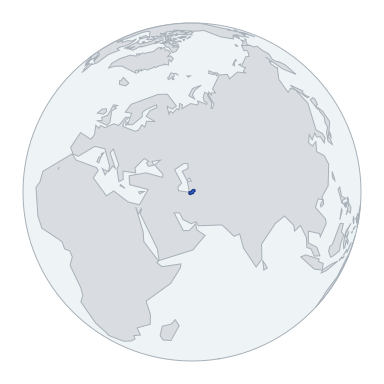 Golestan highlighted on a globe, orthographic projection
{"feature_id": "IRN-3213", "entity_name": "Golestan", "entity_type": "Province", "adm_level": 1, "iso_a3": "IRN", "parent_name": "Iran", "parent_adm1": "", "projection": "orthographic", "projection_center": [55.004, 37.298], "detail": "fine", "context": "on_globe", "style": "filled", "palette": "blue", "viewbox_px": 384, "rotation_deg": 0, "n_neighbors": 0, "source": "natural_earth", "source_scale": "10m", "svg_char_len": 11193}
<svg xmlns="http://www.w3.org/2000/svg" viewBox="0 0 384 384"><circle cx="192" cy="192" r="169" fill="#eef3f6" stroke="#a8b0b8"/><path d="M198.9,23.2L206.1,24.5L223.0,28.4L231.0,29.7L227.1,29.8L244.1,32.8L254.9,36.9L241.0,32.4L238.3,32.1L244.8,34.7L243.5,35.0L245.9,36.6L243.6,36.9L235.7,34.7L234.1,35.0L238.8,36.9L239.6,38.7L232.9,35.9L233.5,38.9L220.3,36.8L204.1,30.5L195.1,31.2L174.0,30.1L174.2,31.1L166.3,32.0L163.7,33.7L160.5,33.4L161.1,35.0L164.5,35.0L165.9,35.8L164.7,36.9L160.4,36.6L160.4,36.0L158.5,36.5L156.9,36.0L157.0,36.9L152.0,36.7L155.1,38.6L149.5,39.9L146.7,39.3L149.5,37.1L150.0,31.8L148.0,31.3L142.4,32.4L126.5,38.7L123.3,39.4L117.0,42.0L117.6,42.4L122.7,40.6L122.3,42.4L128.5,40.5L129.3,41.1L134.7,40.5L131.1,43.1L124.7,46.2L120.0,47.1L117.1,48.7L119.3,50.2L108.4,54.5L97.5,62.6L95.0,63.7L94.1,61.0L99.7,54.6L98.6,52.7L96.5,56.7L90.3,60.1L88.1,62.0L86.8,63.7L88.0,63.6L85.3,65.6L86.3,61.9L88.8,60.0L88.5,61.1L91.1,58.3L91.7,56.6L88.5,58.8L92.1,55.8L102.5,48.7L113.5,42.4L124.9,36.9L136.7,32.3L148.8,28.7L161.1,25.9L173.6,24.0L186.2,23.1L198.9,23.2ZM204.3,23.5L204.8,23.5L206.3,23.7L203.6,23.5L203.2,23.4L204.3,23.5ZM237.0,30.8L233.3,29.7L237.4,30.8L237.0,30.8ZM246.6,36.8L248.1,37.1L248.7,37.8L246.6,36.8ZM136.3,39.1L135.5,39.8L134.9,39.5L136.3,39.1ZM139.4,38.3L139.3,37.6L140.7,37.1L140.8,37.6L139.4,38.3ZM245.8,39.1L246.4,40.4L244.4,38.7L245.8,39.1ZM139.2,39.4L143.3,36.4L145.9,35.6L148.2,36.8L139.2,39.4ZM245.8,40.9L247.1,44.6L250.5,45.4L241.7,45.5L243.4,42.1L240.6,39.7L243.8,41.0L245.8,40.9ZM166.1,34.5L162.5,34.6L166.7,33.6L166.1,34.5ZM168.5,33.7L179.5,30.2L184.3,31.0L179.6,31.8L186.8,32.3L183.7,34.3L179.1,34.5L176.6,33.6L177.4,35.1L168.5,33.7ZM236.6,45.2L235.7,45.9L235.1,44.7L236.6,45.2ZM166.8,36.0L168.6,35.1L172.9,35.7L170.1,37.6L169.6,36.8L166.8,36.0ZM190.2,31.5L192.9,32.4L191.1,34.2L191.9,34.9L184.1,34.4L190.2,31.5ZM168.0,37.2L168.6,38.6L165.4,39.4L165.4,37.0L168.0,37.2ZM175.2,35.0L177.1,35.4L175.1,35.8L175.2,35.0ZM154.5,43.7L156.5,42.3L158.9,42.4L154.5,43.7ZM169.0,39.1L170.1,38.8L171.3,38.7L171.0,39.8L169.0,39.1ZM183.4,35.9L182.1,36.5L186.5,36.1L185.4,37.7L180.4,37.2L182.1,38.1L181.7,38.6L178.0,37.7L183.4,35.9ZM174.2,40.9L167.4,41.2L163.1,43.5L160.8,43.4L168.2,39.7L174.2,40.9ZM176.8,39.0L174.7,40.1L172.9,39.3L173.3,38.1L176.8,39.0ZM186.5,39.1L189.5,36.7L190.5,37.0L186.5,39.1ZM173.3,41.7L175.0,41.7L173.2,42.0L173.3,41.7ZM182.8,40.0L183.7,39.1L184.9,39.3L182.8,40.0ZM177.5,42.4L175.3,42.4L175.5,41.5L177.5,42.4ZM180.2,41.4L181.5,42.0L176.9,41.2L180.5,40.9L180.2,41.4ZM183.7,40.4L184.7,40.2L183.2,40.7L183.7,40.4ZM178.2,46.0L172.2,45.2L172.6,43.1L178.3,44.2L178.2,46.0ZM37.9,216.1L36.0,187.4L40.0,181.7L42.9,171.3L72.2,153.8L75.9,160.0L96.2,167.5L98.3,170.3L93.3,177.8L106.4,195.9L113.7,190.9L128.2,202.0L139.5,204.7L148.2,189.5L129.7,184.7L129.1,175.8L146.0,172.8L162.6,177.4L162.9,174.2L154.6,165.0L160.6,160.1L152.0,161.4L153.8,165.2L148.5,166.3L146.4,162.9L148.7,161.2L144.3,158.5L134.9,168.0L135.8,173.0L123.0,171.1L123.2,179.4L118.9,181.7L116.9,168.7L118.8,164.8L113.3,149.0L110.1,152.8L115.2,168.2L112.6,166.1L108.4,172.1L109.6,165.9L104.9,148.8L94.9,146.3L78.2,156.3L73.1,154.1L70.6,147.4L80.6,132.6L90.8,139.3L94.5,134.8L95.8,125.3L98.8,128.3L100.6,125.4L104.7,127.7L113.9,123.8L118.7,125.5L125.5,117.4L128.9,117.4L123.9,122.1L122.9,126.5L135.1,131.3L138.4,130.2L141.9,124.8L144.8,127.1L146.6,121.2L155.1,121.6L146.2,116.4L150.0,110.6L156.9,107.5L156.5,104.9L145.3,109.9L142.2,112.8L142.2,116.7L132.5,124.7L127.7,124.6L131.7,113.2L125.2,112.1L131.2,104.3L157.9,94.5L167.4,94.2L176.4,106.0L172.3,109.1L167.1,106.3L169.0,114.3L170.3,111.0L172.7,113.1L176.9,108.6L178.9,109.9L179.6,103.5L182.5,104.7L181.9,108.7L190.6,103.6L197.4,104.9L198.4,103.2L197.6,100.9L206.7,104.4L207.1,103.0L204.3,101.3L203.1,97.5L204.7,92.3L207.8,93.8L207.6,95.8L211.9,102.7L211.0,108.4L212.4,108.5L213.9,104.0L208.7,95.5L208.8,92.0L211.9,95.6L210.8,94.0L211.8,92.8L215.6,93.0L212.5,89.0L219.3,74.9L227.5,74.5L229.5,78.9L237.5,72.0L246.0,73.1L243.4,71.3L245.4,67.5L242.8,67.0L241.7,66.0L245.7,56.9L249.1,56.3L247.8,51.3L246.5,50.5L243.9,50.6L241.7,45.5L250.5,45.4L253.2,47.0L256.9,46.2L262.4,50.4L268.6,53.8L272.4,59.4L277.0,61.9L278.0,61.4L285.0,64.8L296.1,74.4L282.9,69.0L265.4,57.0L272.2,61.8L269.4,61.6L271.1,64.0L276.0,67.6L277.3,67.5L278.8,79.3L288.1,92.4L290.5,88.3L295.3,89.7L307.9,103.2L315.9,129.7L322.4,133.5L325.0,137.7L324.2,142.9L320.4,136.8L316.7,137.0L314.7,133.0L312.2,139.9L309.2,134.6L308.7,143.0L312.5,146.0L315.8,141.6L316.7,151.7L324.2,155.6L328.7,164.1L328.1,185.9L322.1,196.6L322.5,199.7L318.2,198.8L315.4,207.4L325.5,218.9L326.2,223.5L320.3,236.8L319.6,233.6L308.4,231.1L308.3,242.8L316.9,247.3L319.9,255.8L314.2,256.1L310.9,248.7L306.9,247.6L306.5,237.8L300.5,225.5L294.6,231.1L293.7,225.2L284.5,216.0L275.2,223.6L261.5,244.2L261.9,259.2L256.1,267.0L243.6,248.3L239.7,233.9L234.1,236.3L222.1,224.9L198.4,225.8L195.9,221.8L191.2,223.7L182.9,219.5L179.5,212.7L174.1,212.9L183.4,230.7L189.3,230.5L195.6,223.9L197.0,230.1L205.1,235.4L192.8,250.0L159.1,260.5L157.4,249.0L140.1,213.5L141.5,209.9L141.5,209.5L141.4,208.7L138.2,214.3L135.7,207.1L143.2,231.9L143.8,241.6L158.6,261.1L156.8,262.6L162.0,266.7L180.8,263.9L180.5,267.6L170.7,283.4L146.1,301.1L150.4,314.5L150.2,324.3L137.1,327.9L140.4,335.0L133.9,335.6L135.0,339.0L131.0,341.0L123.6,341.2L108.6,335.4L105.9,332.3L95.7,323.2L80.9,301.9L82.8,295.2L80.7,287.5L70.1,265.4L72.3,256.8L69.9,251.0L64.6,248.9L62.1,241.8L59.1,239.6L41.9,228.2L37.9,216.1ZM59.3,166.9L57.9,169.8L59.3,166.9ZM178.5,190.7L189.5,192.3L187.3,181.4L191.4,181.2L189.2,177.8L187.1,180.6L182.2,171.2L187.9,168.6L188.0,163.9L184.3,163.2L174.6,169.7L181.6,183.0L177.9,187.1L178.5,190.7ZM90.2,60.3L90.0,60.6L88.3,62.6L88.2,62.1L90.2,60.3ZM86.0,69.5L81.8,72.5L84.7,69.8L83.8,69.5L88.9,63.9L94.0,64.0L90.8,64.8L86.0,69.5ZM97.1,57.0L93.3,60.2L97.2,56.7L97.1,57.0ZM106.3,108.7L106.6,111.6L103.4,114.2L97.4,113.1L102.0,109.2L106.3,108.7ZM107.8,115.2L113.5,104.9L117.4,105.5L114.2,106.8L116.3,108.2L111.7,110.9L110.0,122.1L107.0,125.2L97.5,120.8L102.3,120.4L101.7,117.4L107.8,115.2ZM120.9,80.9L123.4,77.4L128.8,83.1L125.8,85.8L119.6,84.6L119.5,80.8L120.9,80.9ZM142.5,42.5L143.1,41.5L144.3,41.5L144.8,42.3L142.5,42.5ZM155.3,43.0L141.1,47.1L141.0,46.1L132.8,50.2L129.5,49.3L135.0,46.5L126.3,49.1L129.9,46.3L124.0,48.5L136.5,42.5L139.4,40.3L137.4,43.0L140.3,43.9L142.5,43.6L150.7,41.5L158.5,37.7L162.6,38.3L163.5,39.8L162.2,40.8L159.9,40.0L160.0,41.9L155.7,41.5L155.3,43.0ZM171.3,61.8L169.1,59.6L168.4,65.1L164.2,64.1L164.3,64.8L160.2,65.4L155.5,67.6L154.0,66.7L152.8,68.0L150.1,68.6L148.0,70.1L144.4,69.1L141.6,70.9L141.5,69.4L137.5,72.9L138.9,69.9L135.5,70.7L136.0,73.2L122.1,66.2L115.2,66.2L108.7,68.0L111.9,63.2L120.1,58.6L130.1,55.2L136.2,56.1L136.6,54.0L139.6,53.9L138.1,55.6L142.3,53.0L144.4,53.4L153.3,51.6L158.1,47.9L161.4,47.4L160.6,49.1L164.5,47.4L165.3,50.3L167.7,50.0L170.8,52.8L167.8,56.6L170.8,56.0L173.3,58.4L171.3,61.8ZM178.9,46.9L176.3,51.1L172.7,52.8L168.7,47.2L166.4,47.1L163.7,44.0L169.0,41.8L169.3,42.9L170.8,43.4L168.6,43.8L171.5,43.9L172.0,45.4L174.4,45.9L172.9,47.1L178.9,46.9ZM102.3,168.5L104.2,169.8L107.6,170.9L105.0,174.9L102.3,168.5ZM98.9,156.8L100.9,157.2L98.8,162.9L96.9,161.7L98.9,156.8ZM103.7,152.7L101.2,156.7L101.3,153.8L103.7,152.7ZM125.9,122.2L128.2,122.4L127.8,123.8L125.7,125.4L125.9,122.2ZM168.3,79.6L167.7,77.7L168.8,77.2L170.7,72.9L174.0,73.6L174.2,76.4L168.3,79.6ZM144.1,191.6L139.8,193.9L138.6,192.0L140.3,191.5L144.1,191.6ZM120.7,184.6L125.2,188.4L120.0,185.6L120.7,184.6ZM172.3,79.6L172.7,77.6L174.1,79.2L172.3,79.6ZM176.5,73.9L178.5,75.3L174.6,73.1L176.5,73.9ZM218.9,358.5L220.8,358.4L217.9,358.8L218.9,358.5ZM179.1,325.8L170.9,340.6L162.9,339.9L160.1,335.4L162.3,326.2L171.2,324.1L175.3,319.7L179.1,325.8ZM341.7,258.6L343.8,256.7L343.6,257.3L341.7,258.6ZM339.7,259.2L342.3,256.5L339.0,261.0L339.7,259.2ZM343.2,255.5L345.8,251.3L347.0,249.1L346.6,250.5L343.2,255.5ZM337.8,261.1L326.2,270.8L321.2,272.9L322.7,269.8L330.8,264.4L337.8,261.1ZM322.3,270.1L314.2,269.1L300.8,256.9L305.6,254.9L319.2,259.1L318.4,261.6L323.3,263.4L322.3,270.1ZM340.5,244.2L339.6,250.7L333.5,255.7L330.6,257.2L328.6,251.3L329.7,246.5L332.3,244.6L340.3,223.3L343.4,223.7L341.4,231.9L343.8,234.8L340.5,244.2ZM262.7,260.4L267.3,267.8L263.9,270.1L262.7,260.4ZM342.2,210.4L339.8,219.7L341.5,208.7L342.2,210.4ZM342.3,201.0L343.2,203.9L341.3,202.3L342.3,201.0ZM323.6,204.1L321.0,206.9L320.3,204.7L323.2,199.9L323.6,204.1ZM332.1,171.5L334.5,178.1L334.9,180.7L332.5,177.8L332.1,171.5ZM201.2,85.2L194.8,90.2L192.4,94.9L194.5,98.9L188.8,95.7L192.5,88.5L201.2,85.2ZM216.8,75.9L214.9,72.8L217.5,73.0L218.3,73.7L216.8,75.9ZM214.4,74.8L208.7,73.4L208.8,70.9L213.3,72.5L214.4,74.8ZM190.3,75.9L188.2,77.2L187.1,75.9L190.3,75.9ZM315.6,307.2L316.8,305.9L321.1,299.4L322.1,298.5L325.4,292.5L337.2,276.7L346.6,257.9L349.4,253.0L353.8,239.9L355.3,235.3L351.9,246.6L347.7,257.7L342.7,268.4L337.0,278.8L330.5,288.7L323.4,298.2L315.6,307.2ZM346.7,252.9L350.0,244.8L351.3,242.4L346.7,252.9ZM358.0,223.6L357.8,224.7L358.6,220.3L358.9,217.2L356.8,222.9L356.4,221.6L357.6,217.3L355.6,219.8L357.8,213.4L358.3,216.8L359.4,209.5L360.4,205.2L360.6,203.7L358.0,223.6ZM357.0,225.6L357.3,224.7L356.8,227.2L357.0,225.6ZM352.4,230.9L352.2,232.7L351.5,232.8L352.4,230.9ZM353.5,228.3L355.4,226.0L353.2,230.0L353.5,228.3ZM345.4,234.4L346.2,237.0L349.0,231.2L346.9,237.3L348.3,240.9L347.5,244.0L346.2,239.8L344.9,247.3L343.7,248.7L343.4,243.8L344.9,235.2L346.2,230.8L351.0,223.3L345.4,234.4ZM353.6,223.9L353.0,220.6L353.4,216.9L354.1,218.1L353.6,223.9ZM350.4,213.1L347.9,210.7L346.2,215.0L348.9,203.0L351.0,207.4L350.4,213.1ZM347.2,204.2L345.7,208.1L346.8,201.7L347.2,204.2ZM345.0,207.0L344.1,203.6L345.6,202.4L345.0,207.0ZM348.1,203.2L347.2,196.6L348.6,199.3L348.1,203.2ZM341.6,196.3L346.1,198.5L341.4,200.8L338.0,189.3L339.8,187.0L341.6,196.3ZM331.1,137.3L328.9,134.5L329.5,131.8L330.9,134.5L331.1,137.3ZM329.7,121.6L329.0,130.2L328.1,137.7L329.8,137.8L332.3,144.4L328.0,141.2L326.5,132.0L327.7,127.4L325.0,122.3L324.1,116.7L319.8,111.5L318.5,108.0L322.8,111.4L329.7,121.6ZM317.9,109.6L310.2,99.8L312.7,97.6L315.0,99.2L317.5,104.5L316.0,105.3L317.9,109.6ZM309.0,96.9L307.5,97.8L292.8,87.8L290.4,85.2L302.9,91.0L302.1,92.2L305.3,95.3L309.0,96.9ZM237.5,46.4L235.9,45.9L237.4,45.8L237.5,46.4ZM240.2,65.8L238.9,64.4L240.8,64.0L240.2,65.8ZM236.5,60.2L235.2,61.6L235.3,59.5L236.5,60.2ZM232.7,64.9L234.1,61.8L234.6,65.7L232.7,64.9Z" fill="#d9dde1" stroke="#a8b0b8" stroke-width="1"/><path d="M193.6,189.6L193.8,189.6L194.0,189.7L194.3,189.7L194.6,189.7L194.7,189.9L194.7,190.0L194.7,190.3L194.7,190.5L194.8,190.7L195.0,190.8L195.0,191.0L194.9,191.2L194.6,191.3L194.4,191.4L194.1,191.8L193.9,191.9L193.5,192.6L193.3,193.0L193.3,193.3L193.2,193.5L192.2,193.5L191.6,193.8L191.2,194.1L190.7,194.4L190.4,194.4L189.9,194.4L189.8,194.2L189.6,194.0L189.0,193.7L188.9,193.4L189.3,193.4L189.3,193.5L189.7,193.4L189.7,193.0L189.7,192.9L189.6,192.7L189.5,192.3L189.5,192.1L189.4,191.9L190.1,191.9L190.3,191.8L190.5,191.8L190.9,191.6L191.0,191.6L191.3,191.5L191.4,191.4L191.5,191.4L191.5,191.2L191.5,190.9L191.6,190.7L192.0,190.4L192.1,190.2L192.3,190.1L192.5,190.0L192.6,189.9L192.8,189.9L193.0,189.7L193.6,189.6Z" fill="#3b82f6" stroke="#1e3a8a" stroke-width="1.5"/></svg>